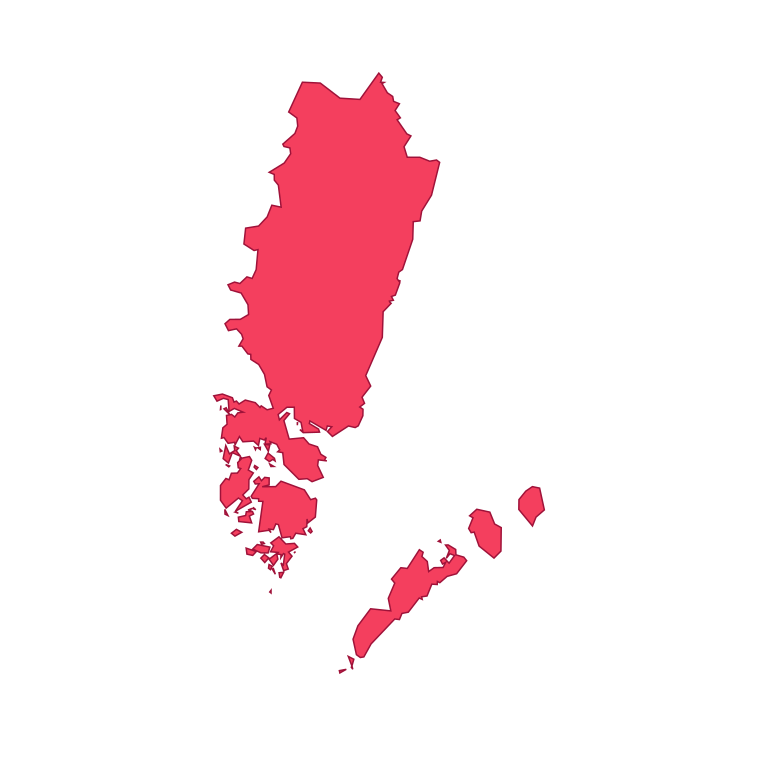 Conamara South Lea-5, Galway, Ireland, rotated 294°
{"feature_id": "5873133B18707060070656", "entity_name": "Conamara South Lea-5", "entity_type": "district", "adm_level": 2, "iso_a3": "IRL", "parent_name": "Ireland", "parent_adm1": "Galway", "projection": "mercator", "projection_center": [-9.603, 53.216], "detail": "fine", "context": "isolated", "style": "filled", "palette": "rose", "viewbox_px": 768, "rotation_deg": 294, "n_neighbors": 0, "source": "geoboundaries", "source_scale": "gbopen_adm2", "svg_char_len": 6211}
<svg xmlns="http://www.w3.org/2000/svg" viewBox="0 0 768 768"><g transform="rotate(294 384 384)"><path d="M626.5,186.7L593.7,186.3L591.6,196.2L584.5,200.3L576.6,200.7L562.0,194.0L560.3,196.0L561.4,202.0L556.4,205.1L545.3,203.0L530.7,193.0L530.8,198.5L525.6,200.9L522.7,206.6L503.7,218.1L501.7,208.8L489.1,209.3L477.3,205.2L470.1,194.2L454.9,199.1L453.1,211.0L455.5,214.2L436.5,220.7L426.8,220.6L426.1,215.2L417.2,211.5L416.3,206.0L411.2,201.1L407.5,205.7L409.0,216.5L401.1,227.5L392.4,232.0L384.6,226.4L380.3,216.9L374.4,214.2L369.5,220.2L374.4,226.9L371.5,233.7L368.0,236.9L359.6,236.0L360.8,238.8L356.1,247.4L356.9,250.2L352.3,252.4L350.9,261.6L344.2,270.9L333.9,278.3L332.7,283.6L326.6,283.4L316.8,292.7L312.9,287.7L314.1,280.7L312.1,280.3L314.6,274.0L312.9,263.8L306.8,259.7L308.4,256.1L306.5,254.3L309.8,251.1L309.1,240.5L304.0,233.3L300.4,238.4L305.6,243.1L306.4,248.0L295.9,253.6L300.8,257.2L301.0,266.9L298.2,262.2L293.2,261.1L294.2,257.0L291.2,252.9L283.4,257.0L278.4,254.6L268.3,257.5L270.0,259.6L266.4,265.7L270.0,271.3L267.8,272.7L277.2,273.3L273.8,278.6L278.8,288.1L276.8,294.3L283.8,292.7L284.1,297.4L287.1,298.3L280.6,299.7L283.4,305.0L285.0,303.3L285.3,310.6L281.4,315.5L278.8,314.4L280.1,319.4L269.8,325.4L262.3,345.0L266.3,352.4L265.5,358.0L274.0,366.5L282.6,356.5L288.0,354.9L290.5,363.1L290.1,360.6L293.3,360.8L294.1,354.9L299.6,348.8L298.7,339.9L302.2,332.4L295.1,319.8L309.9,307.4L318.4,309.8L318.4,306.8L308.7,303.0L313.1,299.7L323.3,304.8L326.3,311.5L316.1,316.2L315.2,323.8L307.8,329.0L308.1,325.7L306.7,330.0L313.8,344.7L316.2,342.5L317.5,331.9L320.1,331.3L318.1,349.9L322.6,349.3L323.7,353.7L317.6,351.7L315.1,358.2L331.2,368.6L332.5,375.4L335.3,377.5L346.4,377.6L352.4,375.1L353.1,371.2L358.4,374.1L363.0,369.3L376.7,372.7L384.2,363.9L425.9,363.5L449.7,353.8L460.6,357.7L461.1,356.0L461.9,355.2L464.3,358.5L467.0,355.2L469.8,358.2L482.6,357.3L485.4,356.4L483.8,356.2L485.6,353.1L492.2,352.0L496.1,354.3L527.9,351.4L544.2,344.7L547.7,350.6L557.3,348.1L575.8,350.6L609.1,344.7L610.0,340.9L606.1,335.1L605.7,324.5L600.6,313.0L608.9,305.8L621.6,307.7L621.8,303.1L630.7,288.5L633.8,290.7L638.3,282.9L646.3,284.1L646.1,277.8L650.2,275.0L651.4,268.6L657.6,260.0L659.5,261.4L658.3,258.1L663.5,257.7L665.9,252.8L634.2,246.3L627.2,227.5L633.0,203.4L626.5,186.7ZM247.0,483.7L225.0,480.3L223.0,474.1L208.8,470.2L206.5,474.8L189.9,475.1L179.5,482.5L173.2,463.2L152.5,458.5L138.3,459.5L125.5,468.9L124.5,473.6L126.5,476.6L141.3,477.9L173.7,489.4L175.1,493.9L181.7,493.7L185.4,499.0L202.8,503.2L202.8,506.5L204.9,504.9L207.8,509.5L220.6,509.1L222.5,514.2L225.3,513.1L225.2,515.8L233.9,519.9L240.2,527.5L256.2,531.4L258.3,527.3L257.2,519.2L262.0,516.8L263.1,508.1L261.9,505.7L258.5,511.4L250.1,511.8L255.8,513.3L256.0,518.2L246.8,516.3L249.6,509.6L245.9,507.5L243.3,510.7L246.2,512.9L240.4,512.6L236.6,504.5L230.8,501.1L239.5,495.7L241.8,488.8L246.2,488.2L247.0,483.7ZM254.9,354.3L253.3,329.4L246.2,326.8L240.6,314.5L245.1,320.1L251.5,317.3L250.2,313.0L245.8,311.4L248.3,307.5L242.1,304.6L240.3,307.1L242.1,310.5L227.4,308.3L226.0,310.3L228.2,316.1L225.9,317.2L227.5,321.1L198.0,329.6L203.6,338.4L202.3,341.2L204.7,338.0L206.0,342.2L212.2,342.1L212.6,344.7L202.0,353.4L206.4,360.5L204.7,361.8L205.9,363.5L211.8,364.1L214.5,373.9L218.9,368.8L222.2,371.5L229.4,368.6L226.2,371.0L234.5,375.4L250.7,369.7L251.8,367.8L248.5,364.0L254.9,354.3ZM274.6,536.8L269.7,555.3L278.9,558.8L300.5,549.5L301.1,542.0L310.0,532.8L307.3,519.7L298.4,515.8L298.0,519.7L286.4,520.1L283.6,524.1L285.4,526.6L274.6,536.8ZM224.8,275.9L211.3,281.9L206.4,290.3L220.6,297.4L219.8,302.1L207.3,300.0L222.1,310.8L225.7,306.7L223.1,304.8L225.2,300.1L233.1,303.2L241.7,299.5L249.6,300.8L250.2,295.0L260.5,294.2L263.0,290.6L258.6,284.5L252.7,282.3L248.2,284.9L248.5,287.5L243.0,286.3L240.4,280.9L233.5,281.4L233.4,278.0L224.8,275.9ZM324.2,558.2L314.7,577.4L324.2,577.0L334.2,581.7L352.2,568.5L350.6,561.3L343.8,557.1L333.3,554.3L324.2,558.2ZM201.7,350.2L192.8,345.2L191.3,349.0L184.6,348.6L187.1,355.9L185.2,355.3L186.3,359.3L183.4,360.4L188.2,361.1L188.2,362.5L177.6,365.7L178.6,362.7L172.7,368.2L176.0,371.8L180.2,367.9L189.3,370.0L191.6,365.1L200.0,371.5L202.0,367.0L197.9,359.4L201.7,350.2ZM263.4,264.5L250.4,267.4L248.5,274.0L259.6,273.3L259.6,282.3L262.9,276.2L266.2,277.2L266.3,272.4L262.5,274.7L257.3,271.2L263.4,264.5ZM199.3,307.3L203.3,319.6L208.6,314.7L212.2,317.7L214.0,315.7L211.3,310.2L207.6,311.1L203.1,305.1L199.3,307.3ZM185.8,333.5L179.8,331.2L179.7,340.3L182.5,346.8L188.6,346.1L185.8,333.5ZM185.5,354.9L177.2,350.3L173.4,356.8L180.8,358.3L185.5,354.9ZM267.6,305.7L266.5,310.9L269.9,313.1L269.4,315.8L271.6,314.1L273.7,306.2L267.6,305.7ZM174.0,333.8L179.0,335.5L178.0,324.8L172.8,328.0L174.0,333.8ZM191.2,308.3L185.6,305.3L184.4,309.7L190.7,314.4L191.2,308.3ZM179.6,344.1L174.8,342.3L172.4,347.7L178.3,349.5L179.6,344.1ZM120.6,462.2L113.3,469.4L120.3,468.4L120.6,462.2ZM280.3,299.3L275.5,305.7L281.8,304.5L280.3,299.3ZM108.0,465.6L104.0,459.8L102.1,461.2L108.0,465.6ZM168.9,364.9L165.0,367.4L165.0,368.6L171.2,368.9L168.9,364.9ZM204.7,289.6L200.4,291.7L200.3,295.0L204.7,289.6ZM172.3,352.4L168.7,353.4L168.2,355.8L172.0,356.1L172.3,352.4ZM218.1,377.6L220.0,378.3L222.4,375.1L219.1,374.5L218.1,377.6ZM169.5,357.2L166.0,362.1L170.4,358.0L169.5,357.2ZM296.2,247.9L293.5,255.1L298.1,249.5L296.2,247.9ZM257.0,299.1L255.3,299.1L254.0,302.2L256.4,302.8L257.0,299.1ZM187.8,337.3L189.6,339.6L190.4,337.9L189.4,335.6L187.8,337.3ZM262.6,314.2L263.9,316.9L264.4,312.2L262.6,314.2ZM246.3,276.3L246.0,272.1L245.2,275.9L246.3,276.3ZM275.9,296.8L274.4,294.5L273.8,297.6L275.9,296.8ZM262.5,500.3L264.4,498.8L262.4,497.6L262.5,500.3ZM206.7,303.5L207.0,300.5L206.4,300.0L206.7,303.5ZM217.0,318.0L217.9,315.1L216.8,314.6L217.0,318.0ZM256.9,263.2L257.8,260.7L255.6,262.0L256.9,263.2ZM294.4,245.3L298.0,243.7L294.1,245.0L294.4,245.3ZM273.5,291.4L271.7,293.3L273.4,293.3L273.5,291.4ZM213.6,311.0L214.5,313.7L215.9,313.3L213.6,311.0ZM149.6,364.7L147.5,364.2L147.1,365.8L149.6,364.7ZM259.1,282.5L256.9,282.8L258.5,284.1L259.1,282.5ZM112.0,469.3L110.7,471.5L113.3,469.5L112.0,469.3ZM311.1,321.6L313.4,320.8L313.3,320.6L311.1,321.6ZM194.1,371.1L194.9,371.2L192.9,370.5L194.1,371.1Z" fill="#f43f5e" stroke="#9f1239" stroke-width="1.5"/></g></svg>